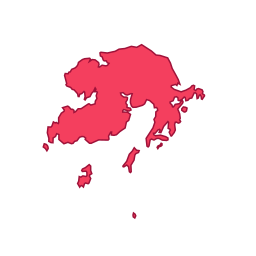 outline of Ongjin, Hwanghae-namdo, North Korea, rotated 331°
{"feature_id": "82179303B18261928237919", "entity_name": "Ongjin", "entity_type": "district", "adm_level": 2, "iso_a3": "PRK", "parent_name": "North Korea", "parent_adm1": "Hwanghae-namdo", "projection": "orthographic", "projection_center": [125.207, 37.865], "detail": "fine", "context": "isolated", "style": "filled", "palette": "rose", "viewbox_px": 256, "rotation_deg": 331, "n_neighbors": 0, "source": "geoboundaries", "source_scale": "gbopen_adm2", "svg_char_len": 4570}
<svg xmlns="http://www.w3.org/2000/svg" viewBox="0 0 256 256"><g transform="rotate(331 128 128)"><path d="M196.7,85.9L193.4,82.4L191.2,80.1L187.9,77.8L185.8,72.0L180.3,61.7L174.8,61.7L170.5,58.2L163.9,57.0L158.4,54.7L154.0,54.7L146.3,52.4L141.0,48.6L139.9,48.7L138.8,51.5L139.9,53.4L139.3,56.4L139.7,57.7L141.5,58.7L141.6,61.0L142.7,62.2L140.4,63.3L138.7,62.9L135.8,60.5L132.6,60.9L131.7,60.2L133.5,58.3L134.0,56.6L133.7,55.8L132.3,52.5L129.9,50.8L126.5,51.1L128.5,49.6L128.3,48.4L123.7,46.4L121.3,46.0L116.5,46.6L114.9,48.3L112.8,49.4L110.6,49.8L107.2,49.4L104.7,50.9L103.4,50.5L101.9,51.5L99.5,49.9L98.0,51.3L96.4,57.6L95.9,59.5L94.7,60.1L94.9,61.7L97.5,64.7L97.9,67.1L99.4,68.6L100.5,73.6L99.7,76.3L100.4,76.8L102.2,75.1L104.2,75.5L107.2,74.7L107.5,75.6L105.6,79.9L103.7,81.8L104.1,82.7L106.4,81.5L110.0,82.1L113.1,80.0L115.9,79.1L117.3,78.0L118.7,77.0L118.8,78.5L116.6,80.2L118.2,81.0L118.5,81.8L115.8,84.4L115.1,87.2L112.5,88.6L110.9,90.9L106.6,89.9L105.8,88.1L105.0,87.7L96.4,88.4L93.7,87.0L90.0,88.3L88.3,88.2L89.3,86.4L88.7,84.8L87.3,84.1L86.7,81.4L86.4,80.4L85.8,79.6L80.6,78.5L81.0,81.4L80.1,82.4L76.9,82.7L72.3,85.4L69.8,89.9L69.1,90.3L67.9,88.3L66.8,88.3L65.7,86.5L62.4,89.4L61.1,89.8L60.2,89.3L58.6,88.3L55.1,93.1L53.8,98.6L52.8,100.4L52.2,101.3L53.5,103.4L55.2,104.5L57.7,100.4L60.2,100.3L60.6,100.2L62.9,98.4L64.4,100.2L62.0,104.5L64.3,110.7L68.5,111.4L70.9,114.3L72.5,114.8L74.8,113.8L77.2,114.4L81.1,112.6L83.6,113.1L85.2,114.2L85.3,114.4L86.1,116.3L85.0,117.2L86.9,122.6L88.3,123.5L96.6,124.2L104.7,128.9L106.0,128.5L107.1,125.6L110.9,123.2L111.7,123.6L110.0,126.0L112.2,127.6L114.6,128.3L119.0,127.2L121.8,126.9L125.5,126.6L129.5,122.0L132.3,121.7L136.8,117.3L135.2,113.9L131.1,111.5L131.9,110.2L133.2,109.8L137.0,113.6L139.4,113.7L139.7,111.9L137.1,109.5L138.5,107.2L138.1,105.8L138.7,104.3L141.0,103.0L142.2,101.4L141.9,100.4L139.4,99.0L138.6,97.6L138.0,95.8L138.4,93.8L140.9,94.7L141.9,97.5L143.3,98.8L147.3,99.4L148.3,100.1L144.0,104.3L142.4,107.0L141.7,110.4L142.3,112.3L145.3,113.8L151.8,115.2L154.3,114.9L158.0,112.2L160.2,114.4L162.1,119.7L160.9,123.1L162.9,123.9L163.1,125.3L162.5,127.0L160.2,127.4L157.7,131.5L154.9,133.0L154.3,136.0L149.9,140.0L138.8,145.9L135.8,153.1L136.4,154.3L137.7,153.9L141.5,149.2L143.1,149.0L144.9,151.1L148.2,151.1L150.1,152.2L152.1,155.2L155.7,157.6L156.8,157.7L157.3,157.7L158.1,156.1L156.8,153.9L153.0,150.0L148.3,148.1L147.3,146.3L147.7,145.0L149.3,145.7L153.5,144.2L155.0,144.5L155.1,145.4L153.1,146.9L154.5,148.0L160.0,143.9L166.0,141.7L166.2,142.7L162.9,147.8L164.0,149.2L164.0,150.4L162.0,151.6L161.7,155.7L162.2,156.1L166.1,154.4L168.4,152.7L170.5,147.5L172.1,145.9L173.2,146.3L174.3,148.1L175.8,148.4L177.2,147.8L177.1,145.8L178.4,144.8L180.1,140.5L180.7,135.5L187.6,132.9L188.8,131.9L188.9,130.5L188.3,130.5L187.3,130.4L184.9,131.7L180.8,130.2L178.0,131.6L177.2,131.1L177.6,129.2L176.9,126.7L177.3,125.7L180.8,126.0L183.6,123.6L185.6,124.1L186.3,125.9L185.3,128.0L186.0,129.0L188.7,129.2L192.2,128.2L192.8,129.0L191.8,132.2L193.8,132.8L196.1,132.0L198.3,132.7L201.4,130.5L202.9,129.4L203.9,129.8L204.5,131.3L202.7,135.8L203.8,135.9L206.2,133.9L207.2,133.9L207.3,135.8L206.3,138.2L206.8,138.9L210.5,137.0L210.8,136.2L209.7,134.0L211.2,132.5L211.3,130.5L208.8,127.7L207.2,127.3L205.3,128.0L204.5,126.4L206.7,123.5L206.0,122.4L204.4,122.1L202.1,123.0L198.1,123.0L197.1,123.0L192.0,122.1L187.1,116.6L185.6,113.0L186.5,112.0L190.7,112.9L191.4,114.5L193.3,112.9L194.6,114.9L195.4,110.1L195.5,105.5L195.5,97.4L196.6,91.7L196.7,85.9ZM76.3,141.2L71.5,142.0L68.3,141.8L66.9,142.7L67.0,143.9L70.3,145.4L70.6,146.7L69.0,149.8L67.7,150.0L65.3,148.0L64.9,148.0L62.9,148.1L61.8,146.8L60.1,149.2L59.0,150.7L57.0,152.1L57.1,156.3L58.2,155.7L59.6,155.9L60.1,157.1L60.4,158.0L63.0,155.6L64.2,155.5L66.1,157.4L67.2,157.2L70.9,154.1L70.9,151.5L71.7,150.5L74.2,150.4L74.7,147.2L76.9,143.2L76.3,141.2ZM126.8,153.2L124.7,151.6L123.9,148.3L120.5,150.3L116.4,151.6L110.7,156.5L105.3,158.7L104.9,159.3L105.2,159.6L105.5,160.0L108.9,159.8L109.7,162.1L108.0,166.9L108.5,168.1L109.6,167.8L112.5,162.0L117.7,159.0L120.9,155.0L122.5,154.2L125.3,154.5L126.8,153.2ZM187.4,141.4L189.3,139.2L188.5,137.9L186.6,136.4L184.3,137.3L183.6,138.6L184.9,141.3L186.0,141.7L187.4,141.4ZM48.2,107.3L48.8,105.9L49.0,104.2L48.5,102.6L47.1,101.2L44.7,103.5L45.8,105.9L46.0,108.6L48.2,107.3ZM150.1,158.3L149.6,157.4L147.6,158.5L145.7,158.2L144.1,159.0L144.1,160.5L146.4,159.3L147.7,159.9L149.3,159.6L150.1,158.3ZM92.2,208.6L92.4,206.8L91.6,205.0L90.2,206.5L89.5,208.3L90.3,210.0L92.2,208.6Z" fill="#f43f5e" stroke="#9f1239" stroke-width="1.5"/></g></svg>